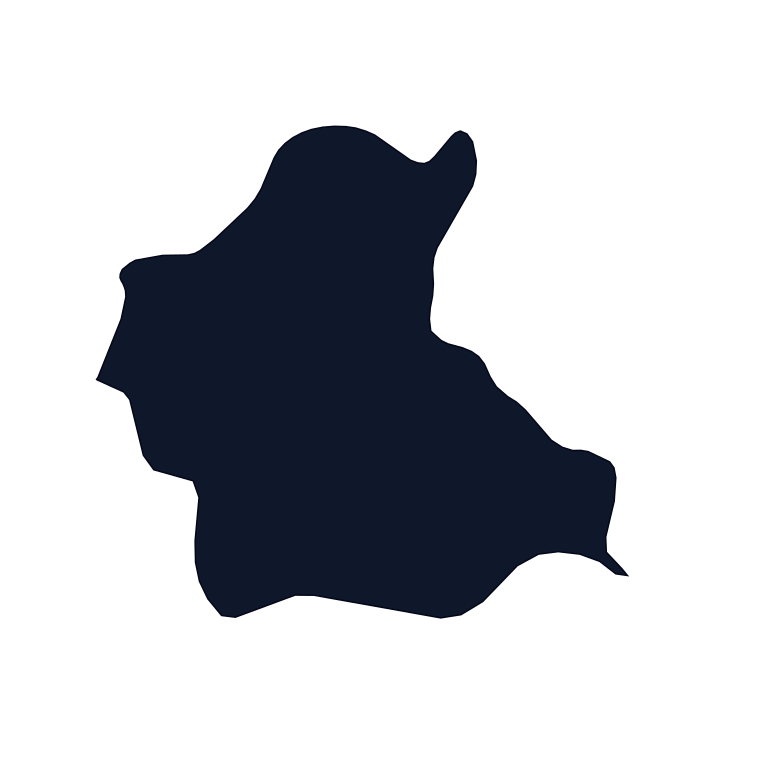 SVG path tracing the border of Butha-Buthe, rotated 194°
{"feature_id": "LSO-1211", "entity_name": "Butha-Buthe", "entity_type": "District", "adm_level": 1, "iso_a3": "LSO", "parent_name": "Lesotho", "parent_adm1": "", "projection": "orthographic", "projection_center": [28.556, -28.822], "detail": "fine", "context": "isolated", "style": "filled", "palette": "ink", "viewbox_px": 768, "rotation_deg": 194, "n_neighbors": 0, "source": "natural_earth", "source_scale": "10m", "svg_char_len": 1407}
<svg xmlns="http://www.w3.org/2000/svg" viewBox="0 0 768 768"><g transform="rotate(194 384 384)"><path d="M485.6,120.1L503.0,133.0L515.3,147.9L523.7,165.3L529.3,186.0L536.0,229.1L545.7,243.9L586.6,245.1L600.2,256.6L626.9,307.4L634.5,313.3L663.3,318.6L664.0,318.9L663.1,321.3L654.7,383.4L655.5,406.1L657.4,412.0L659.5,415.5L661.6,418.3L663.9,420.6L665.9,423.4L666.5,427.0L665.6,431.8L659.7,439.6L655.1,443.9L629.9,455.2L605.4,461.7L599.3,464.8L594.6,469.0L583.7,482.8L558.9,521.4L553.8,532.1L550.4,543.3L545.2,577.0L542.6,585.5L537.9,593.8L532.0,601.0L524.2,607.9L515.9,613.4L505.6,618.3L494.6,622.0L483.2,624.5L473.2,625.5L462.8,624.9L453.3,623.3L412.3,607.5L404.8,606.7L398.2,607.6L393.6,610.9L389.9,616.7L378.4,640.3L375.5,644.8L371.2,647.9L364.0,646.7L356.7,640.4L348.4,622.9L345.8,609.7L346.0,597.6L365.5,529.1L366.3,519.0L364.8,507.6L360.3,493.1L358.2,481.3L357.5,469.1L355.7,458.0L351.4,446.6L339.1,440.0L331.7,438.4L316.6,438.1L306.8,436.6L298.8,433.5L291.5,427.7L282.8,416.6L274.3,408.4L261.1,401.7L251.2,398.5L240.6,392.9L208.1,369.9L195.8,365.7L184.9,365.1L177.0,367.2L169.6,367.8L146.2,363.0L140.6,358.3L136.4,349.1L132.3,326.0L131.9,289.2L127.6,274.6L108.6,262.4L101.5,257.1L113.2,255.9L131.8,264.1L153.0,266.3L174.4,263.5L193.0,256.3L210.7,240.0L235.6,196.8L253.5,178.8L272.4,170.8L400.9,162.1L419.2,157.7L471.8,121.8L485.6,120.1Z" fill="#0f172a" stroke="#020617" stroke-width="1.5"/></g></svg>